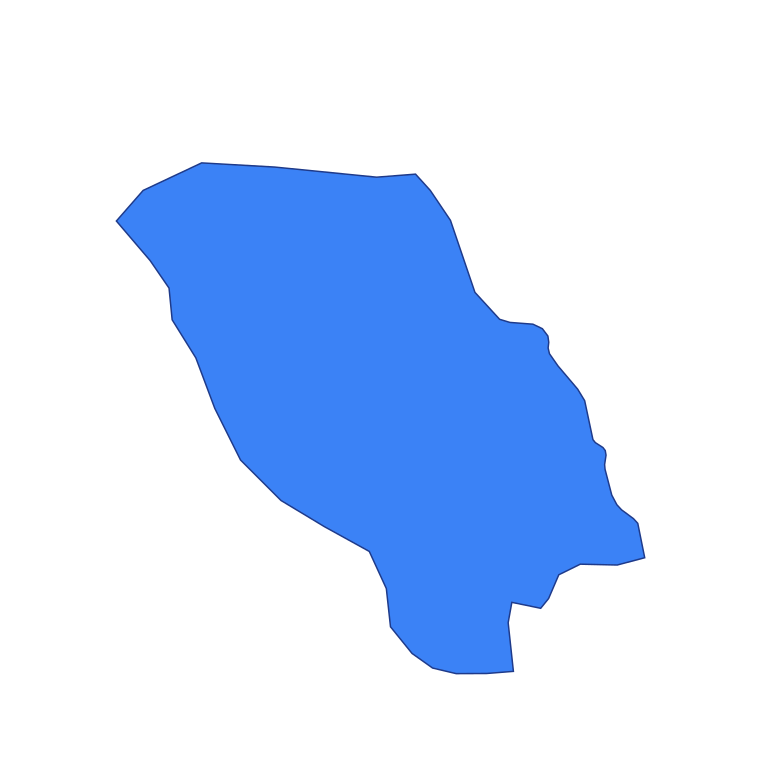 SVG path tracing the border of Lola, rotated 315°
{"feature_id": "GIN-5650", "entity_name": "Lola", "entity_type": "Prefecture", "adm_level": 1, "iso_a3": "GIN", "parent_name": "Guinea", "parent_adm1": "", "projection": "equal_earth", "projection_center": [-8.285, 7.882], "detail": "fine", "context": "isolated", "style": "filled", "palette": "blue", "viewbox_px": 768, "rotation_deg": 315, "n_neighbors": 0, "source": "natural_earth", "source_scale": "10m", "svg_char_len": 852}
<svg xmlns="http://www.w3.org/2000/svg" viewBox="0 0 768 768"><g transform="rotate(315 384 384)"><path d="M554.7,257.9L553.6,279.9L546.7,315.3L513.1,383.5L511.5,420.0L516.6,429.5L531.6,447.0L535.1,456.9L533.8,466.0L530.0,471.0L525.5,474.6L522.4,479.6L519.8,494.3L517.3,524.6L514.1,537.7L492.4,571.1L492.0,574.9L493.9,583.8L493.4,587.5L490.7,591.3L483.0,597.0L480.0,600.6L466.5,623.6L463.3,634.0L463.0,640.9L465.2,655.7L464.9,662.0L445.5,691.2L420.9,676.9L395.4,650.2L372.7,642.5L348.7,652.1L336.2,653.4L320.0,628.8L303.0,640.6L272.3,678.7L251.9,661.3L230.2,639.8L217.5,619.2L213.3,594.4L216.9,560.3L241.0,530.3L255.2,492.0L241.0,442.8L228.8,393.6L228.8,336.3L247.1,281.6L269.4,232.5L279.6,188.8L299.8,164.2L305.9,131.4L310.0,79.5L350.6,76.8L411.4,98.7L460.1,153.3L525.0,232.5L554.7,257.9Z" fill="#3b82f6" stroke="#1e3a8a" stroke-width="1.5"/></g></svg>